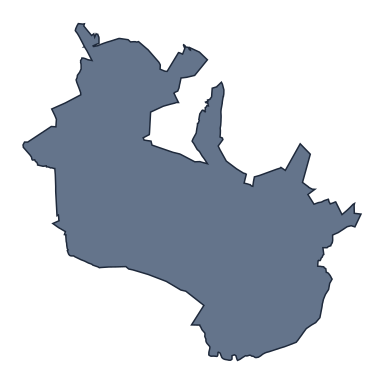 the district of Bochil, Chiapas, Mexico
{"feature_id": "50627088B6808518022322", "entity_name": "Bochil", "entity_type": "district", "adm_level": 2, "iso_a3": "MEX", "parent_name": "Mexico", "parent_adm1": "Chiapas", "projection": "natural_earth1", "projection_center": [-92.951, 17.023], "detail": "fine", "context": "isolated", "style": "filled", "palette": "slate", "viewbox_px": 384, "rotation_deg": 0, "n_neighbors": 0, "source": "geoboundaries", "source_scale": "gbopen_adm2", "svg_char_len": 5850}
<svg xmlns="http://www.w3.org/2000/svg" viewBox="0 0 384 384"><path d="M67.3,250.6L68.6,254.1L69.4,255.1L69.9,255.5L70.7,255.8L71.4,255.9L72.9,255.9L73.7,255.9L74.6,256.6L81.2,259.8L84.4,261.0L88.4,263.0L91.8,264.2L92.8,265.1L98.0,266.9L99.3,267.7L100.9,267.5L108.7,267.0L115.9,266.9L125.9,266.6L128.7,269.0L132.9,269.9L148.3,274.5L166.3,281.4L180.8,290.0L185.8,291.2L203.9,305.4L191.5,324.9L199.8,325.1L200.1,326.2L200.9,327.3L201.3,328.4L202.2,330.0L204.2,332.3L204.7,332.8L205.0,334.0L204.9,335.2L204.8,336.4L205.2,337.5L205.9,339.1L205.9,340.7L206.1,341.8L207.0,343.4L209.7,346.5L209.9,347.3L209.7,348.9L209.3,350.5L208.9,352.1L208.8,354.7L209.1,355.3L209.7,355.6L210.7,356.1L211.1,356.2L213.7,356.1L216.8,356.4L217.1,356.3L217.4,356.0L217.6,355.7L217.9,354.3L218.0,352.6L218.1,352.3L218.3,352.2L218.5,352.2L219.7,352.8L220.2,353.3L220.4,353.7L220.7,354.8L221.2,355.8L221.6,357.1L222.1,357.8L223.0,358.6L224.2,359.2L225.3,359.5L227.2,359.8L228.5,360.1L229.5,360.2L230.6,360.2L231.5,359.6L231.9,359.3L232.0,358.9L232.0,355.7L234.4,354.8L235.9,355.7L236.5,357.8L237.1,359.7L237.6,360.4L240.0,359.3L242.6,357.5L245.6,355.7L245.9,355.7L246.8,356.0L248.3,355.6L249.5,355.2L250.4,355.3L250.8,355.4L251.1,355.7L251.4,356.0L253.6,356.4L255.0,357.4L256.0,357.6L258.4,357.2L260.7,355.8L262.7,354.2L264.7,353.1L266.7,352.3L268.4,351.9L269.4,351.6L280.3,348.0L284.6,346.7L295.1,342.7L296.3,342.2L297.1,341.1L297.6,340.6L300.1,337.1L301.4,335.4L302.7,333.5L306.2,328.7L306.7,328.3L311.5,325.0L315.8,322.5L315.8,322.4L316.6,321.5L319.9,317.7L322.0,306.8L322.4,303.7L322.7,302.8L323.4,299.5L325.4,294.5L328.6,289.5L329.7,283.4L332.1,279.1L331.2,277.6L330.8,276.7L330.1,275.5L329.0,274.0L328.1,273.0L327.1,272.5L326.3,272.4L325.8,268.7L325.3,268.3L324.4,268.0L323.9,267.0L323.8,266.9L323.2,266.7L321.4,266.6L321.0,266.4L317.7,266.2L317.8,263.8L318.1,260.9L318.3,260.6L318.5,260.4L319.0,260.5L320.0,260.6L320.3,260.3L320.7,259.6L320.8,259.1L321.2,258.1L321.8,257.5L322.3,257.0L322.6,256.0L323.1,255.0L323.3,254.7L323.8,254.5L322.9,247.7L327.1,247.7L328.2,246.7L328.8,246.4L330.7,245.8L330.7,245.5L330.9,245.4L331.2,244.4L331.4,244.0L331.9,243.5L332.0,242.8L332.3,242.6L332.3,242.3L332.4,241.9L332.6,241.0L332.7,240.0L332.6,235.1L334.7,234.1L338.2,232.6L347.2,226.7L351.2,225.7L354.9,226.9L361.0,214.1L354.3,213.3L354.1,205.2L354.5,203.5L353.0,204.4L350.1,207.4L346.6,210.7L342.0,214.6L335.7,201.9L334.6,202.2L333.6,202.7L330.2,203.9L329.3,202.1L329.0,201.9L328.8,201.3L328.7,200.3L328.5,199.6L328.2,199.2L327.9,199.4L324.2,200.6L321.4,202.1L318.4,202.6L314.0,204.2L307.9,194.5L314.9,189.3L312.4,189.2L308.6,187.3L308.6,187.0L302.5,182.4L310.3,154.2L300.2,143.8L285.3,170.4L280.9,167.4L280.2,168.1L276.7,169.2L259.4,175.5L254.4,176.9L253.5,181.4L252.8,186.3L251.4,185.9L250.1,184.6L249.5,184.6L247.8,184.0L244.1,183.1L246.3,174.2L244.8,173.4L243.8,173.3L243.1,172.9L236.5,168.8L226.3,161.1L219.9,149.6L218.2,146.0L222.9,139.6L222.4,138.0L220.0,137.0L220.3,134.1L220.4,130.6L220.2,128.2L220.7,125.4L221.0,120.8L221.0,119.9L221.1,117.1L221.1,115.7L220.9,112.0L221.1,109.6L222.2,103.5L222.3,102.0L222.6,100.0L223.2,96.5L223.4,96.5L223.8,94.0L223.9,89.9L222.4,84.2L221.4,82.2L218.3,85.2L217.4,86.0L216.8,86.6L216.8,86.8L212.2,88.2L211.6,96.8L211.1,97.6L210.2,98.6L210.0,99.3L209.3,99.6L207.6,100.0L208.0,101.1L205.5,102.1L205.9,102.7L206.0,102.7L206.4,102.5L207.2,103.1L207.7,102.5L208.4,105.9L206.9,105.6L206.3,106.9L205.4,107.5L205.2,107.7L205.4,109.4L205.1,109.8L205.0,110.9L205.6,112.2L202.9,110.1L202.1,110.4L199.8,113.9L198.8,119.7L199.3,120.5L198.1,123.4L197.5,123.5L197.5,123.8L197.4,125.6L196.8,128.8L196.2,133.1L193.1,138.7L192.1,141.1L192.5,141.8L193.7,143.4L197.2,149.5L198.8,150.9L199.8,152.0L201.0,154.1L202.4,156.4L203.6,157.9L205.1,160.1L207.4,163.7L204.0,162.8L201.7,162.2L199.9,161.6L194.8,161.8L180.7,154.4L179.5,153.9L172.9,152.3L152.0,145.1L151.0,141.1L144.1,140.1L143.2,137.8L149.3,134.6L149.5,132.5L150.6,112.1L163.3,106.2L164.7,105.8L170.4,104.2L174.8,103.1L176.4,102.5L178.5,102.5L175.7,96.9L174.4,94.0L173.9,93.2L175.1,92.2L177.7,91.1L179.0,87.9L179.6,84.4L179.9,83.4L181.0,78.0L186.7,77.3L194.7,75.4L207.4,59.8L199.4,52.1L189.9,47.7L190.3,49.3L190.4,50.1L189.4,49.6L188.5,47.6L188.0,47.3L187.3,47.3L186.7,47.1L185.7,47.1L185.5,46.8L185.1,45.9L184.7,45.5L184.4,45.2L183.6,44.8L183.5,45.2L184.8,48.5L182.6,54.1L179.2,52.7L178.5,52.6L167.1,71.4L164.9,71.2L160.1,69.2L160.3,65.0L159.5,63.3L158.7,62.0L147.8,49.5L147.1,49.0L138.5,41.6L136.8,42.1L135.4,41.7L133.5,41.7L130.5,41.9L128.1,39.7L119.9,38.5L118.8,38.5L110.3,41.2L107.5,42.0L103.4,43.4L99.8,44.8L98.9,45.2L97.9,45.7L95.6,46.1L94.6,46.4L93.4,46.5L93.1,45.8L94.3,45.3L95.9,44.5L99.0,43.3L99.0,38.4L98.9,37.1L98.5,36.4L97.7,34.2L96.5,34.2L96.1,33.8L94.7,37.1L93.8,33.8L91.6,35.5L88.0,31.2L83.8,26.0L84.4,23.8L82.9,24.1L78.3,23.6L77.0,25.8L75.7,28.8L75.3,30.6L75.8,31.4L77.4,33.5L79.3,36.7L84.4,46.5L83.9,46.9L84.5,46.9L86.9,50.7L92.0,60.5L87.8,59.7L85.5,58.7L83.5,58.1L81.9,58.0L81.7,59.1L80.6,60.5L80.7,61.2L80.6,62.6L80.9,63.4L81.0,63.9L81.1,65.4L81.1,69.0L79.6,72.3L79.2,72.8L77.4,75.3L77.1,77.6L76.1,79.9L76.2,80.2L76.8,82.4L79.4,89.1L80.6,92.5L80.8,94.8L65.2,103.0L51.7,109.0L54.8,115.4L56.4,119.3L55.9,126.8L51.3,126.5L27.7,142.1L24.5,142.1L23.0,145.0L23.3,146.7L23.3,147.3L30.2,155.2L30.7,156.0L31.4,156.9L31.8,158.7L32.1,159.7L32.7,160.1L34.7,159.8L35.2,161.0L35.9,161.8L36.7,162.2L37.2,163.2L37.4,163.7L37.6,164.0L37.6,165.0L43.1,166.3L44.3,166.1L45.0,166.1L46.0,165.8L46.3,165.8L46.5,166.9L47.2,166.8L48.2,167.0L49.0,167.2L50.6,167.9L51.7,167.8L52.8,168.1L53.9,168.5L54.8,168.5L55.3,174.7L55.7,186.4L55.7,191.2L57.0,215.7L58.4,215.0L58.7,217.6L58.8,219.7L59.1,220.7L52.8,223.5L57.1,226.6L59.2,228.0L65.4,231.6L64.4,234.6L66.0,235.0L65.8,235.8L66.2,241.4L66.6,243.1L66.8,245.7L67.2,248.2L67.5,249.1L68.1,249.9L67.3,250.6Z" fill="#64748b" stroke="#1e293b" stroke-width="1.5"/></svg>